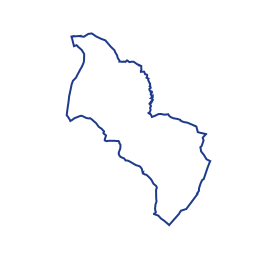 Suehn Mecca, Bomi, Liberia (Mercator projection), rotated 117°
{"feature_id": "62588387B34365926899718", "entity_name": "Suehn Mecca", "entity_type": "district", "adm_level": 2, "iso_a3": "LBR", "parent_name": "Liberia", "parent_adm1": "Bomi", "projection": "mercator", "projection_center": [-10.641, 6.716], "detail": "fine", "context": "isolated", "style": "outline", "palette": "blue", "viewbox_px": 256, "rotation_deg": 117, "n_neighbors": 0, "source": "geoboundaries", "source_scale": "gbopen_adm2", "svg_char_len": 3753}
<svg xmlns="http://www.w3.org/2000/svg" viewBox="0 0 256 256"><g transform="rotate(117 128 128)"><path d="M98.0,55.7L98.0,55.8L99.3,60.8L100.0,63.9L98.2,65.5L95.9,67.5L95.6,68.2L95.8,69.4L95.7,69.4L96.0,73.6L96.3,77.7L97.1,80.1L97.5,82.0L97.6,84.5L97.0,85.1L97.5,88.1L98.7,92.0L98.9,94.5L98.6,96.5L97.5,98.4L98.9,100.4L99.8,102.1L100.2,103.7L100.3,104.5L101.7,107.1L105.0,109.6L107.3,111.7L105.9,113.4L105.3,114.5L105.6,115.3L105.5,115.8L105.3,116.5L103.9,115.8L101.5,116.1L100.0,117.5L98.1,117.4L96.9,119.1L95.0,118.8L95.7,119.7L94.1,119.5L91.6,118.6L91.1,119.7L91.1,121.0L89.5,119.9L88.3,120.5L89.6,121.0L88.4,121.8L87.8,122.8L87.1,122.6L86.7,123.3L85.8,122.8L85.0,122.9L84.7,123.5L85.0,124.7L85.2,124.8L84.2,126.3L83.4,126.7L81.9,126.0L81.1,126.7L81.0,127.3L81.0,127.6L79.9,127.6L79.1,128.2L78.4,128.5L78.2,129.2L77.1,130.5L76.0,131.9L75.5,132.1L74.7,132.1L74.8,134.3L74.5,134.3L73.8,134.3L72.1,134.9L71.9,135.6L72.3,137.2L71.4,138.1L70.5,139.2L71.2,140.6L72.1,142.0L71.2,142.5L69.8,142.6L68.9,143.2L66.7,144.4L67.2,146.6L66.8,146.6L67.0,148.8L66.4,153.0L67.5,155.2L68.6,156.6L68.6,157.4L68.1,159.2L68.5,159.8L70.2,160.2L70.8,162.0L71.2,162.2L72.6,165.7L72.7,165.8L71.7,166.4L70.4,168.8L68.3,170.7L68.0,171.1L66.3,173.8L64.9,175.3L63.9,178.6L63.3,180.5L63.1,180.9L60.2,188.0L60.6,191.4L60.7,191.8L60.9,197.7L60.3,202.1L60.2,203.2L62.2,206.1L66.7,208.7L68.0,212.4L67.7,212.4L71.3,218.3L71.0,218.4L72.2,219.9L74.3,217.9L79.0,213.8L79.6,213.3L78.1,211.9L77.6,211.5L77.9,210.1L78.3,209.4L78.9,206.8L79.5,204.6L80.1,203.7L81.6,201.2L81.9,200.7L82.8,200.2L87.1,198.2L88.9,197.5L89.2,197.3L91.5,197.1L94.1,196.9L98.5,197.2L98.8,197.1L103.3,197.2L104.5,197.2L105.9,197.2L106.5,197.1L109.4,198.0L111.0,198.5L113.9,198.1L114.4,198.1L115.9,197.7L117.9,197.1L118.4,197.0L119.1,196.8L124.3,195.4L126.3,194.9L128.9,193.9L132.2,192.7L135.5,191.6L140.7,189.8L144.5,188.4L145.5,186.2L147.0,183.7L147.9,182.6L147.7,182.5L146.5,181.6L143.8,180.2L143.5,180.1L141.4,178.2L139.0,176.1L138.1,174.7L138.0,169.9L137.4,167.5L136.9,166.8L136.5,166.3L136.7,164.5L136.8,164.0L137.4,161.8L138.2,158.5L138.7,157.6L140.2,154.6L140.6,151.7L140.9,150.3L141.4,149.6L141.4,149.4L141.6,148.3L142.2,147.6L143.6,147.7L144.2,146.5L144.3,145.0L144.6,144.4L144.8,144.1L148.3,143.6L149.3,143.2L149.6,143.1L149.6,142.5L149.5,141.4L149.5,141.1L148.2,139.5L146.9,136.9L146.3,135.6L146.2,135.5L145.3,133.7L145.1,133.1L144.5,131.5L144.3,131.3L143.9,130.6L144.2,129.7L144.3,129.6L145.6,128.7L146.0,127.7L146.2,127.3L146.4,127.1L147.2,126.7L149.6,125.6L154.0,125.1L154.6,124.7L154.8,124.7L155.0,124.6L155.7,124.2L156.0,123.6L156.5,123.1L156.7,122.4L157.2,121.6L157.1,120.8L156.9,117.5L157.0,117.4L158.0,115.4L157.7,114.9L157.2,113.4L157.1,112.3L157.1,111.1L157.1,110.9L157.5,104.2L157.4,103.6L157.3,103.3L157.0,101.3L156.9,101.0L157.0,99.4L158.0,97.4L158.4,96.9L161.3,94.5L160.9,94.3L161.2,94.2L161.7,93.1L161.7,91.6L161.5,91.2L161.4,90.7L161.5,89.6L161.9,88.2L162.0,87.8L162.8,85.5L163.2,84.3L164.3,82.5L166.1,80.0L166.6,77.7L166.9,76.9L166.9,76.5L168.1,75.2L170.4,74.9L174.0,73.0L177.6,71.1L180.6,69.2L183.6,68.8L184.9,68.3L185.4,68.1L187.5,67.3L189.0,66.3L189.8,65.6L190.2,65.0L191.2,65.1L191.8,65.1L192.1,65.4L192.8,66.2L193.0,66.5L192.8,65.2L192.7,64.5L192.3,61.2L193.7,57.5L194.2,53.7L195.6,47.9L195.8,47.3L181.9,43.7L181.6,43.6L179.3,43.5L179.0,43.5L178.5,43.3L177.6,43.3L177.4,43.0L173.7,39.3L155.2,36.1L154.9,36.7L152.1,36.3L151.7,36.3L149.7,37.3L144.8,38.1L142.0,38.3L141.8,38.2L140.3,38.2L139.3,37.3L127.2,39.1L120.9,39.7L120.2,39.7L120.2,43.9L118.4,46.8L117.5,48.2L117.4,48.4L116.3,50.9L115.6,52.3L113.5,53.8L113.4,53.9L112.8,54.4L112.2,54.8L111.8,54.6L110.7,54.2L107.6,54.6L104.8,55.0L103.4,56.4L102.7,57.0L100.0,56.3L98.0,55.7Z" fill="none" stroke="#1e3a8a" stroke-width="2"/></g></svg>